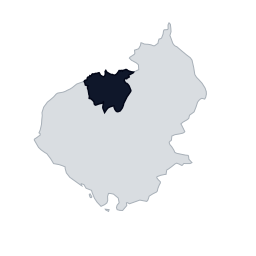 location of Preah Vihéar within Cambodia, rotated 332°
{"feature_id": "KHM-1791", "entity_name": "Preah Vihéar", "entity_type": "Province", "adm_level": 1, "iso_a3": "KHM", "parent_name": "Cambodia", "parent_adm1": "", "projection": "mercator", "projection_center": [105.055, 13.778], "detail": "fine", "context": "in_parent", "style": "filled", "palette": "ink", "viewbox_px": 256, "rotation_deg": 332, "n_neighbors": 0, "source": "natural_earth", "source_scale": "10m", "svg_char_len": 5263}
<svg xmlns="http://www.w3.org/2000/svg" viewBox="0 0 256 256"><g transform="rotate(332 128 128)"><path d="M213.6,54.4L214.1,56.3L212.7,59.9L211.2,63.2L208.4,66.0L208.2,68.1L207.3,74.4L207.6,76.4L208.3,78.1L209.2,79.0L211.6,85.1L213.9,90.7L216.0,95.2L216.4,98.1L214.4,105.4L212.1,112.1L212.3,115.4L213.3,118.8L214.4,123.2L214.8,128.9L214.2,132.6L213.1,134.9L211.1,137.3L209.3,138.5L207.2,136.5L205.5,136.4L203.3,137.0L201.5,137.9L197.9,141.4L193.9,144.8L188.3,145.6L186.1,148.1L183.8,148.5L179.4,148.6L176.6,149.2L176.7,150.4L176.5,156.4L176.5,157.8L176.1,158.1L174.1,158.3L170.7,157.4L166.2,155.9L162.9,155.7L161.2,158.3L160.3,159.3L159.0,159.4L157.7,159.9L157.3,161.0L157.2,162.5L157.8,165.0L158.1,168.9L157.9,171.5L159.1,173.2L166.0,178.9L168.1,180.3L168.3,181.1L167.1,184.2L168.2,188.6L166.0,188.5L162.4,186.6L160.6,185.5L158.5,186.4L157.8,186.2L156.4,184.1L154.5,181.9L152.6,181.8L148.5,182.6L144.4,183.2L142.8,183.2L142.2,183.6L139.8,186.8L138.8,186.3L134.6,185.1L130.8,184.6L130.0,185.4L130.5,188.1L131.3,190.6L130.8,191.7L128.7,193.1L125.9,195.5L124.3,197.4L123.1,197.9L118.9,197.8L114.7,198.1L113.0,199.8L111.4,201.2L110.1,201.6L104.6,197.2L93.7,195.6L92.5,193.7L91.5,193.3L90.5,195.9L84.5,198.3L82.0,196.8L80.1,195.0L80.4,192.9L82.1,191.1L85.1,189.8L86.5,185.3L84.2,179.6L82.2,177.9L80.1,176.6L77.9,178.7L76.1,182.4L74.2,184.2L71.4,184.7L67.4,184.5L65.9,179.1L65.4,174.4L65.9,169.0L66.5,165.9L62.7,161.5L62.5,157.3L60.6,155.2L60.1,156.3L60.1,157.4L59.6,156.6L53.5,144.3L52.5,138.7L53.5,134.3L54.2,132.8L52.4,130.5L49.9,127.9L45.6,124.5L45.3,119.0L44.3,112.6L43.0,110.5L41.0,106.5L39.9,103.2L39.6,94.6L40.1,93.9L43.2,93.6L47.2,93.0L47.8,91.6L47.1,90.5L49.6,88.5L53.3,84.2L56.1,79.7L58.1,76.8L59.3,74.0L63.4,70.0L69.0,67.3L72.8,66.6L76.8,65.7L80.6,64.3L82.4,64.2L87.2,65.8L89.7,66.2L92.4,66.2L95.2,66.4L97.6,66.2L103.4,65.1L109.6,66.0L115.1,65.3L121.9,64.0L125.2,64.8L128.2,66.1L128.7,68.7L129.4,70.0L130.4,70.9L131.7,70.9L133.5,69.0L134.9,67.1L135.4,66.8L135.5,67.7L136.2,69.8L137.5,71.8L138.8,73.2L141.0,75.0L142.4,75.0L147.0,73.3L154.0,75.8L154.8,77.0L157.1,79.5L159.5,81.3L164.9,81.5L166.9,77.0L165.9,74.4L162.8,69.7L162.0,66.9L163.0,66.4L168.2,65.9L169.1,65.3L170.3,62.3L171.7,62.6L174.6,63.0L177.7,61.0L179.5,58.8L180.5,59.8L181.6,61.3L182.8,62.2L185.0,63.5L187.4,65.4L188.9,67.2L190.1,67.9L193.3,67.4L194.1,67.4L195.9,65.2L197.2,64.0L198.3,64.4L199.8,64.4L203.1,61.5L204.9,59.0L206.0,58.3L208.9,59.6L210.0,59.3L211.7,55.8L213.6,54.4ZM63.8,171.8L63.2,172.2L62.7,172.2L62.1,171.7L62.2,169.7L62.6,168.5L63.6,168.3L63.8,171.8ZM73.0,191.2L71.7,192.5L69.8,189.8L69.8,189.0L73.0,191.2Z" fill="#d9dde1" stroke="#a8b0b8" stroke-width="1"/><path d="M121.6,63.6L122.2,63.6L122.6,63.9L123.1,64.2L123.6,64.5L123.8,64.5L124.5,64.4L124.8,64.5L125.0,64.6L125.6,64.9L125.8,65.1L126.4,65.2L127.7,65.4L128.4,65.6L128.5,66.0L128.5,66.5L128.4,68.1L128.4,68.3L129.5,70.3L130.1,71.0L130.8,71.4L132.6,70.8L133.7,69.1L134.4,67.3L135.4,66.8L135.4,67.9L135.5,68.7L135.9,69.4L137.8,72.4L138.5,73.1L139.2,73.3L139.4,73.5L140.3,74.7L140.6,74.9L140.9,75.1L141.4,75.1L142.4,75.2L143.4,75.0L144.3,74.7L145.1,74.2L145.7,74.0L146.2,73.7L147.1,73.1L147.4,73.2L147.6,73.5L147.8,73.7L148.0,74.0L148.5,73.8L149.1,74.0L149.7,74.6L149.9,75.2L150.4,74.8L150.8,74.8L151.1,75.0L151.6,75.3L152.1,75.3L152.8,75.2L153.2,75.2L154.1,75.7L154.6,76.6L155.0,77.5L155.6,78.4L158.5,80.9L159.2,81.3L158.7,81.6L158.0,81.7L154.1,81.7L153.5,81.8L153.3,81.8L153.2,81.9L153.1,82.0L152.9,82.5L153.0,82.8L153.1,83.1L153.1,83.3L152.8,83.6L152.5,83.7L152.3,83.7L152.2,83.7L151.9,83.4L151.7,83.3L151.3,83.4L150.9,83.4L150.7,83.5L150.4,83.8L150.2,83.9L149.9,83.9L149.8,83.7L149.5,83.2L149.4,83.2L149.2,83.0L149.0,82.9L148.8,82.9L148.6,83.0L148.4,83.0L148.2,83.1L147.6,83.7L147.5,83.8L147.3,83.9L147.1,84.1L147.0,84.3L146.9,84.4L146.8,84.5L147.0,86.2L146.9,86.6L146.9,86.8L147.0,87.1L147.3,87.5L147.6,87.8L147.8,87.9L147.9,88.1L148.0,88.3L148.4,89.4L148.7,91.3L148.2,96.1L147.5,97.0L143.0,99.4L142.2,99.7L135.6,104.4L135.5,104.5L135.0,105.2L134.8,105.5L132.4,107.6L129.2,109.2L127.2,109.0L126.4,108.7L126.0,108.4L125.9,108.2L125.7,108.0L125.4,107.3L125.3,106.6L125.2,105.2L125.4,103.7L125.5,103.0L125.9,102.3L126.0,102.1L125.9,101.8L125.7,101.6L125.4,101.5L122.2,100.9L120.1,100.8L119.0,101.2L117.9,101.6L114.6,103.4L115.1,98.9L115.3,98.2L115.7,97.5L118.6,93.7L118.6,93.3L118.3,93.3L118.0,93.6L117.8,93.6L117.0,93.9L116.6,93.9L113.7,93.1L110.8,92.7L110.2,92.6L109.9,92.4L109.8,92.2L109.7,92.0L109.6,91.7L109.5,91.2L109.5,90.9L109.7,90.4L110.0,89.7L110.1,89.3L110.2,88.9L109.9,87.2L109.9,86.9L109.7,86.6L109.5,86.2L109.4,85.9L109.3,85.2L109.1,85.1L108.9,84.9L108.6,84.2L108.3,83.9L108.1,83.8L107.7,83.8L107.6,83.6L108.9,81.7L109.0,81.4L109.1,81.2L109.1,80.7L109.2,80.1L110.7,75.8L110.9,74.1L111.1,73.5L111.5,73.0L111.7,72.8L112.3,72.4L112.4,72.2L112.5,72.1L112.4,72.0L112.3,71.8L111.6,71.3L110.6,70.1L110.5,69.9L110.5,69.7L110.7,69.4L110.9,69.3L111.0,69.1L111.0,68.9L111.0,67.7L111.1,67.0L111.1,66.4L111.4,66.3L111.6,66.1L111.9,65.9L112.3,65.8L112.9,65.9L113.4,66.2L114.0,66.3L114.6,66.0L115.0,65.6L115.3,65.1L115.7,64.6L116.2,64.3L116.8,64.3L117.6,64.6L118.2,64.6L118.4,64.4L118.7,63.9L119.0,63.8L119.4,64.5L119.6,64.7L120.1,64.6L121.2,63.8L121.6,63.6Z" fill="#0f172a" stroke="#020617" stroke-width="1.5"/></g></svg>